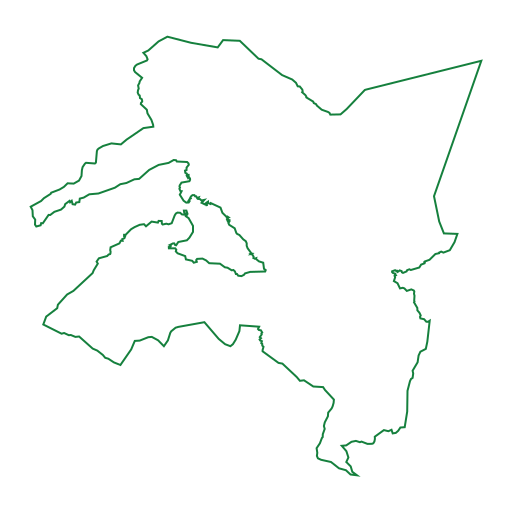 the district of Salangen nor, Troms, Norway
{"feature_id": "86288312B52632964277123", "entity_name": "Salangen nor", "entity_type": "district", "adm_level": 2, "iso_a3": "NOR", "parent_name": "Norway", "parent_adm1": "Troms", "projection": "orthographic", "projection_center": [17.874, 68.875], "detail": "fine", "context": "isolated", "style": "outline", "palette": "green", "viewbox_px": 512, "rotation_deg": 0, "n_neighbors": 0, "source": "geoboundaries", "source_scale": "gbopen_adm2", "svg_char_len": 6019}
<svg xmlns="http://www.w3.org/2000/svg" viewBox="0 0 512 512"><path d="M30.7,206.7L32.5,210.2L32.8,216.3L35.2,219.6L35.0,224.6L36.3,226.5L40.6,225.3L41.2,223.1L42.8,223.3L48.6,214.9L50.2,215.0L54.4,211.8L61.0,209.6L64.4,206.6L65.2,204.1L69.5,200.9L70.1,202.3L71.7,200.8L72.6,204.2L75.1,204.6L76.2,202.5L79.3,202.1L79.8,198.6L83.7,197.6L89.3,194.3L98.4,193.5L114.9,187.7L120.3,184.2L126.4,183.0L134.4,179.3L139.1,178.9L149.2,169.9L158.7,164.9L168.6,162.9L173.7,160.0L176.0,160.2L176.8,161.5L187.1,162.0L188.5,163.4L188.8,164.8L186.6,167.5L186.5,170.1L185.0,170.6L185.3,172.8L186.8,173.6L186.8,174.9L188.6,174.9L188.6,176.0L187.0,176.2L188.1,178.1L189.0,177.1L190.0,178.5L190.1,179.8L189.4,181.2L181.5,182.6L179.7,185.4L179.5,186.6L180.0,187.6L179.4,188.8L180.4,191.0L181.6,191.2L179.8,194.7L183.6,200.7L186.2,202.6L188.7,202.5L189.1,201.9L188.1,202.0L188.2,201.3L188.9,200.2L189.2,201.2L189.6,199.1L190.8,198.4L190.3,197.6L191.1,196.3L192.5,195.1L194.4,195.1L195.1,196.3L196.2,196.3L197.1,198.0L198.8,197.4L198.2,198.9L200.2,199.2L201.4,200.5L204.3,199.9L201.6,202.8L204.7,204.3L205.4,203.6L206.3,205.2L206.9,205.1L206.9,202.4L208.0,201.7L208.0,203.0L210.5,204.0L210.8,203.1L220.5,207.6L222.4,212.8L226.6,216.9L227.3,216.5L228.6,217.4L227.1,217.9L228.0,219.2L227.0,219.5L227.7,221.1L229.5,220.3L229.6,221.1L228.4,223.0L229.2,224.8L234.7,228.3L236.3,232.9L237.1,233.9L239.4,235.0L243.2,239.3L245.8,241.2L246.7,243.3L246.7,245.8L247.6,248.2L251.2,253.1L250.8,253.4L252.0,253.6L251.3,254.1L252.5,254.0L252.3,254.7L253.6,256.6L253.4,258.3L253.5,258.8L253.7,258.0L254.7,258.7L256.1,258.2L255.9,258.9L259.0,261.4L263.2,262.7L264.0,268.8L265.7,270.1L265.2,271.5L250.2,271.9L245.0,273.4L244.0,274.8L241.5,276.1L238.2,275.7L237.0,274.0L235.9,274.0L234.9,271.4L233.4,270.0L231.7,270.3L227.5,267.7L224.9,267.3L220.0,263.7L209.2,263.2L206.1,260.4L202.5,258.6L197.1,258.9L196.2,260.1L196.8,261.8L193.8,262.7L192.2,260.8L185.9,259.4L185.2,256.1L177.6,253.3L175.8,251.4L176.3,249.7L175.2,248.3L168.9,248.3L168.8,247.0L170.7,246.3L170.8,245.2L170.0,244.9L173.0,243.4L174.3,243.4L175.1,245.0L176.1,245.3L178.3,242.0L186.9,240.3L189.4,237.7L193.0,231.9L193.0,225.9L188.6,218.1L185.8,216.2L186.3,214.8L187.2,214.7L187.5,213.8L186.4,210.6L183.9,210.6L184.2,212.6L185.3,213.4L185.6,214.8L181.9,214.4L180.2,212.8L177.5,212.6L175.9,213.5L174.7,215.4L171.7,223.2L168.6,224.3L166.3,223.7L162.7,224.5L161.9,223.7L161.7,221.0L158.6,220.9L157.9,222.6L151.6,221.6L146.0,226.3L144.0,224.2L139.7,224.8L134.6,227.1L131.1,229.2L125.6,234.8L124.1,234.8L124.1,236.2L125.1,236.4L124.4,238.2L122.2,239.2L122.6,240.8L120.8,240.7L119.4,243.4L110.6,247.3L110.2,250.2L110.6,251.7L110.4,253.6L110.1,254.1L108.6,254.5L107.2,256.0L98.9,258.3L96.6,261.6L97.8,263.6L93.7,270.3L92.6,273.1L73.4,290.9L67.1,294.5L57.9,304.7L57.2,308.2L46.2,316.6L43.3,324.5L61.6,333.7L64.1,333.0L68.8,335.2L70.8,335.0L75.4,336.9L79.1,336.5L92.7,348.6L97.3,350.6L102.9,355.0L105.2,357.8L108.3,358.7L113.9,362.4L120.4,365.0L131.2,349.4L134.8,340.9L139.7,340.6L148.3,337.2L151.8,336.9L158.1,340.3L163.9,346.2L167.9,340.4L170.3,332.8L171.2,331.3L175.6,327.7L178.3,326.9L204.4,322.2L218.7,338.9L225.1,344.2L230.4,346.2L232.9,344.2L235.7,339.7L239.4,331.1L240.0,325.3L259.1,326.7L258.0,329.0L258.9,330.0L260.9,330.3L262.2,332.5L261.4,333.4L261.7,334.5L259.8,337.1L261.0,338.2L259.6,339.5L260.2,340.5L261.9,341.2L261.3,343.2L262.2,343.8L262.3,345.6L263.5,346.8L262.6,350.0L262.6,351.3L278.5,362.9L282.4,363.6L296.8,377.1L299.9,380.8L304.0,380.3L313.3,386.5L323.1,387.1L325.0,390.0L333.9,399.6L333.6,402.9L332.6,406.4L331.6,408.5L328.2,412.6L327.9,416.3L324.8,422.3L323.9,426.0L324.7,428.9L322.8,434.2L322.7,437.1L321.9,438.0L319.9,443.3L316.6,448.2L317.3,452.8L316.9,455.9L317.9,458.3L321.1,459.8L331.0,462.0L339.0,468.3L345.9,470.2L350.5,474.5L357.0,475.3L352.3,471.8L350.7,466.4L346.3,462.0L348.4,457.5L346.4,451.2L341.8,445.8L346.2,445.4L351.5,441.8L355.9,440.9L359.9,442.2L361.5,441.6L367.5,443.9L372.0,443.8L373.3,443.3L374.4,441.5L374.9,439.0L374.8,436.7L383.9,430.1L388.4,431.2L391.5,429.8L392.7,433.4L395.8,432.9L398.2,430.8L400.4,427.5L404.7,427.2L407.2,411.6L407.5,390.8L410.0,381.1L411.0,379.0L412.6,377.9L413.2,373.5L412.6,370.7L417.6,362.3L418.6,355.5L420.4,351.7L425.8,348.9L427.3,341.8L429.7,320.7L428.0,321.8L426.3,321.7L424.1,319.2L420.4,318.4L420.0,316.9L420.7,315.4L419.4,312.7L417.4,310.4L417.3,307.9L414.0,302.3L414.5,301.4L414.2,300.7L414.5,295.7L414.0,293.8L414.3,291.4L413.8,290.5L411.3,289.4L406.8,290.9L404.4,288.4L402.8,287.8L400.0,288.4L397.5,283.2L393.9,281.1L395.1,277.4L394.6,275.9L395.8,275.3L395.2,274.7L395.5,274.3L395.3,273.7L393.0,273.0L392.1,272.1L392.1,271.3L395.1,270.2L397.2,271.7L397.4,270.9L398.4,271.5L399.7,270.4L401.6,271.1L401.9,272.3L403.0,272.9L406.6,271.4L407.1,270.2L409.4,269.3L410.8,270.0L419.3,267.5L421.1,264.6L424.6,263.3L424.8,262.6L424.3,262.0L424.7,261.5L429.5,259.8L435.4,254.0L439.1,253.2L439.1,252.6L441.2,251.6L443.4,252.6L449.8,250.2L454.5,242.2L457.4,233.9L443.9,233.4L439.2,221.5L434.0,196.2L481.3,60.8L366.0,89.6L364.8,90.0L346.6,109.1L340.5,114.4L330.3,114.6L329.5,112.9L328.1,112.0L321.7,109.7L317.0,105.7L316.0,104.1L313.8,103.1L313.2,101.6L306.3,97.4L306.3,96.5L305.3,95.0L302.1,92.2L302.7,91.3L302.3,89.6L299.8,86.5L297.7,86.3L296.0,82.8L292.2,79.5L282.1,75.1L261.5,59.3L258.5,58.7L239.8,40.8L223.1,40.1L217.7,47.4L191.1,42.8L167.4,36.7L158.6,41.4L148.3,50.5L143.4,52.8L146.4,56.2L147.6,59.3L146.9,60.5L137.1,64.5L135.4,65.8L134.0,68.1L134.0,70.3L135.1,72.1L142.1,77.8L139.7,81.4L139.4,83.0L138.1,85.4L138.7,88.6L138.0,90.3L137.7,92.6L138.6,94.7L139.7,95.5L140.0,98.1L141.8,99.2L142.2,100.9L142.2,101.6L141.0,102.9L140.8,104.1L146.8,109.7L147.5,113.4L151.4,119.9L153.1,124.8L153.3,126.7L143.4,128.1L126.6,139.6L120.9,144.4L111.4,143.4L103.0,146.0L98.7,148.5L97.5,149.6L96.9,151.1L95.9,162.6L94.9,163.5L86.0,162.8L84.9,163.7L82.6,167.1L81.9,170.1L81.5,176.0L79.0,180.6L73.7,183.6L67.6,183.3L63.9,186.9L59.6,189.5L51.2,192.7L50.6,193.9L43.9,198.2L41.1,201.0L30.7,206.7Z" fill="none" stroke="#15803d" stroke-width="2"/></svg>